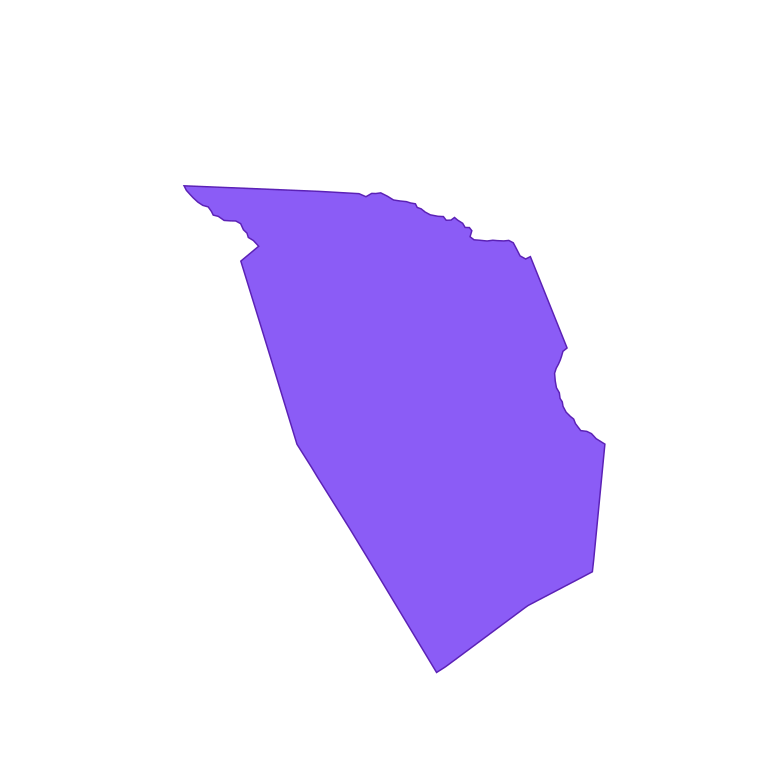 outline of Nova Russas, Ceará, Brazil, rotated 129°
{"feature_id": "56859067B90768610355048", "entity_name": "Nova Russas", "entity_type": "district", "adm_level": 2, "iso_a3": "BRA", "parent_name": "Brazil", "parent_adm1": "Ceará", "projection": "orthographic", "projection_center": [-40.574, -4.711], "detail": "fine", "context": "isolated", "style": "filled", "palette": "violet", "viewbox_px": 768, "rotation_deg": 129, "n_neighbors": 0, "source": "geoboundaries", "source_scale": "gbopen_adm2", "svg_char_len": 1419}
<svg xmlns="http://www.w3.org/2000/svg" viewBox="0 0 768 768"><g transform="rotate(129 384 384)"><path d="M235.0,492.4L235.9,499.5L237.5,506.8L241.2,510.3L243.6,513.5L249.8,515.9L251.8,523.2L272.8,552.4L275.4,556.0L355.8,664.1L357.9,659.4L358.8,653.7L359.4,649.4L359.8,643.1L359.2,637.2L357.0,632.1L358.5,626.7L360.2,623.0L358.0,618.3L357.5,611.2L353.9,606.1L350.6,601.8L349.6,596.3L352.6,590.3L353.0,585.4L355.5,581.7L354.7,575.8L355.8,568.1L378.6,572.6L420.4,510.3L434.6,489.2L470.4,436.2L485.6,413.7L494.2,388.3L495.7,384.1L498.1,377.5L518.5,318.1L524.5,301.4L529.7,286.8L531.6,281.5L575.1,161.6L565.2,158.3L557.2,156.2L469.3,133.7L465.4,132.6L457.0,129.0L403.5,105.9L398.8,103.9L388.2,110.7L291.7,174.5L292.3,179.2L293.0,184.8L292.0,191.5L293.2,196.6L296.4,201.8L294.3,210.3L291.9,214.5L291.9,218.9L291.3,224.7L288.7,230.8L285.7,234.2L284.4,238.1L280.5,242.2L278.4,247.6L273.9,252.8L268.3,258.2L263.3,260.1L258.9,260.9L254.5,262.1L250.7,263.5L246.0,265.5L240.8,264.4L192.9,350.4L197.7,352.6L198.8,358.9L195.6,366.1L192.9,372.4L193.9,377.4L197.4,380.9L201.3,386.2L203.8,389.9L208.0,393.9L212.2,400.3L215.3,404.8L215.4,409.8L209.6,412.2L208.7,416.1L211.3,419.5L209.6,424.0L210.3,430.0L210.2,434.0L214.5,435.1L217.6,438.7L216.5,443.2L219.7,447.6L223.4,454.5L224.5,460.4L224.5,465.4L225.9,469.3L224.2,473.0L226.6,477.3L228.2,481.4L231.6,486.6L235.0,492.4Z" fill="#8b5cf6" stroke="#5b21b6" stroke-width="1.5"/></g></svg>